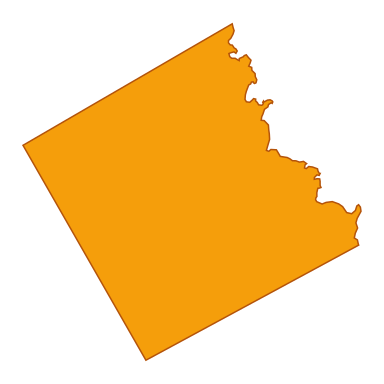 outline of Freestone, Texas, United States of America
{"feature_id": "52423323B49293454061444", "entity_name": "Freestone", "entity_type": "district", "adm_level": 2, "iso_a3": "USA", "parent_name": "United States of America", "parent_adm1": "Texas", "projection": "robinson", "projection_center": [-95.959, 31.713], "detail": "fine", "context": "isolated", "style": "filled", "palette": "amber", "viewbox_px": 384, "rotation_deg": 0, "n_neighbors": 0, "source": "geoboundaries", "source_scale": "gbopen_adm2", "svg_char_len": 1740}
<svg xmlns="http://www.w3.org/2000/svg" viewBox="0 0 384 384"><path d="M145.9,360.2L358.7,245.1L358.3,244.1L357.4,239.9L354.3,238.0L355.3,233.2L357.6,228.0L355.9,222.9L357.2,218.3L361.0,211.3L360.4,207.1L358.6,204.7L356.8,206.0L355.4,210.5L351.7,213.7L346.7,212.6L342.6,206.6L338.7,203.9L332.3,201.6L326.1,202.4L322.1,204.0L316.8,201.7L315.6,199.8L315.9,197.8L316.9,196.5L316.8,192.8L317.8,188.3L319.3,188.1L321.0,187.5L320.1,185.4L320.1,181.3L319.7,178.9L317.1,178.7L314.3,179.3L314.4,177.5L316.9,174.9L319.2,175.4L320.1,173.5L319.4,173.5L318.0,171.1L317.5,168.8L312.5,167.0L308.8,166.5L306.2,168.6L304.5,168.0L304.9,165.8L305.1,164.8L306.6,163.6L303.5,161.4L299.5,162.1L295.9,160.8L292.4,160.7L289.9,158.8L287.2,157.5L280.3,156.4L278.5,153.3L276.4,149.8L270.9,149.5L268.8,151.3L266.4,150.4L267.5,146.5L269.6,139.4L269.3,133.8L268.8,130.2L268.4,125.0L264.2,120.6L261.2,120.3L261.7,116.8L262.9,114.1L264.5,109.3L267.9,106.9L268.5,104.5L271.2,102.8L272.2,103.4L272.8,101.9L272.2,100.9L270.1,99.8L267.5,100.1L263.8,102.1L263.5,101.1L262.7,102.3L263.3,103.5L262.6,104.8L261.5,105.3L258.6,104.8L257.3,102.5L255.6,100.9L255.7,99.1L253.6,98.6L252.2,100.1L249.7,102.3L246.4,101.8L245.0,99.4L245.4,94.7L246.4,91.1L248.7,85.0L250.7,83.9L251.4,82.1L253.1,81.8L253.5,82.8L254.6,83.5L256.0,82.8L256.8,79.8L255.3,76.7L255.1,73.6L251.9,70.4L251.7,67.4L248.7,66.2L250.2,62.9L251.0,60.2L248.4,57.5L246.3,54.8L244.2,55.6L243.4,56.7L239.3,58.5L239.2,60.6L237.4,59.7L235.2,58.3L231.7,58.3L229.7,56.6L228.9,53.5L231.0,52.7L234.0,51.9L235.9,53.3L237.2,51.0L235.9,48.9L234.2,48.0L232.3,45.1L230.3,44.9L228.5,42.9L228.5,40.5L230.8,38.3L233.0,34.2L234.1,30.7L233.1,27.5L232.2,23.8L23.0,145.3L145.9,360.2Z" fill="#f59e0b" stroke="#b45309" stroke-width="1.5"/></svg>